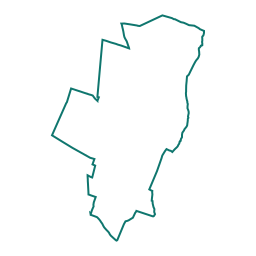 San Salvador Huixcolotla, Puebla, Mexico (Natural Earth projection)
{"feature_id": "50627088B91886188912905", "entity_name": "San Salvador Huixcolotla", "entity_type": "district", "adm_level": 2, "iso_a3": "MEX", "parent_name": "Mexico", "parent_adm1": "Puebla", "projection": "natural_earth1", "projection_center": [-97.766, 18.923], "detail": "fine", "context": "isolated", "style": "outline", "palette": "teal", "viewbox_px": 256, "rotation_deg": 0, "n_neighbors": 0, "source": "geoboundaries", "source_scale": "gbopen_adm2", "svg_char_len": 2985}
<svg xmlns="http://www.w3.org/2000/svg" viewBox="0 0 256 256"><path d="M90.4,213.1L90.7,214.9L91.0,214.9L96.9,217.1L97.3,217.4L99.2,219.4L100.6,221.3L101.0,222.0L102.2,223.6L103.6,226.4L104.3,227.5L105.0,228.3L106.5,230.0L107.8,231.3L108.6,232.2L109.1,232.9L109.8,234.3L110.7,235.5L111.2,236.0L112.3,237.0L113.5,238.1L115.5,239.9L116.3,240.5L116.6,240.6L117.3,240.1L123.9,224.2L125.5,221.3L127.2,220.9L128.5,220.4L132.9,217.7L135.2,212.8L136.2,211.5L136.3,211.2L136.4,210.9L149.1,215.1L152.4,216.2L153.1,216.4L153.9,216.0L155.0,214.2L154.9,213.9L154.2,212.0L154.4,209.1L154.2,208.6L153.6,207.3L153.5,207.1L152.7,203.7L152.5,201.0L151.7,200.7L152.0,197.8L152.4,194.4L152.2,192.5L152.2,191.9L152.3,190.9L150.9,190.3L149.3,189.4L157.0,171.1L161.5,158.3L162.3,155.5L165.0,151.1L166.5,149.1L169.4,150.5L170.8,150.8L172.3,152.0L173.7,150.4L175.1,148.9L176.3,147.8L177.3,146.8L177.8,146.1L178.3,145.0L178.7,144.3L179.2,143.7L179.4,142.9L179.5,142.0L180.0,141.2L180.3,141.3L180.6,141.0L180.8,140.2L180.8,139.5L180.9,139.1L182.0,137.2L182.0,134.8L182.4,132.6L183.3,131.4L184.0,130.4L184.4,129.3L185.0,128.6L185.7,127.7L186.2,127.1L186.7,126.4L187.2,125.2L187.4,123.3L187.6,122.1L187.8,120.3L187.8,118.9L188.1,118.1L188.4,117.8L188.2,117.3L188.0,116.6L188.2,115.5L188.5,114.1L188.7,113.2L188.6,111.5L188.3,110.5L188.0,109.5L187.5,108.4L187.5,106.9L187.6,105.5L187.8,104.0L187.5,103.2L187.3,102.2L187.3,101.2L187.0,100.6L186.8,99.6L186.5,98.4L186.4,97.4L186.1,96.2L185.9,93.1L186.1,91.6L186.1,90.0L186.2,85.5L186.4,83.4L186.6,81.5L186.7,80.3L186.7,80.0L187.0,76.4L188.8,74.7L190.5,71.2L193.6,64.9L195.1,62.1L195.7,61.1L196.7,59.7L197.8,58.5L198.6,57.0L199.0,55.7L199.3,54.6L199.2,52.9L199.1,51.3L198.9,50.3L198.8,49.1L198.9,48.2L199.6,47.6L200.1,47.1L200.5,46.5L200.8,45.8L201.2,45.5L201.7,45.6L202.3,45.2L202.3,43.2L202.1,42.3L202.1,41.5L202.3,41.0L202.3,38.6L202.2,37.5L202.3,36.6L202.7,36.1L203.2,35.7L203.5,35.0L203.8,33.8L204.0,32.8L204.0,31.3L204.0,30.9L202.5,30.3L199.8,29.1L198.8,28.2L194.3,25.7L189.4,25.2L188.9,25.1L186.4,23.9L183.6,22.7L181.0,22.2L174.9,19.2L173.9,19.2L171.9,18.1L162.4,15.4L139.8,26.0L137.9,25.8L137.0,25.5L130.3,24.4L127.0,23.9L124.4,23.5L121.4,23.6L121.7,24.3L122.0,25.5L122.4,27.4L123.0,29.9L123.3,31.3L124.0,35.4L124.4,37.0L125.0,38.3L125.6,39.4L125.9,39.9L126.6,41.1L127.0,42.1L127.5,43.6L128.1,45.4L128.5,46.5L129.0,47.8L129.1,48.4L121.0,45.5L117.8,44.6L116.0,43.9L110.7,42.4L106.1,40.8L102.5,39.8L100.5,62.0L97.4,96.9L98.8,97.3L97.8,99.9L97.6,99.9L97.4,100.7L97.4,100.8L94.9,98.5L92.7,95.5L90.3,94.7L89.7,94.6L71.1,88.5L66.9,102.2L66.2,103.2L57.6,122.6L52.0,135.3L62.5,141.8L72.5,147.9L90.2,157.8L94.4,159.0L92.5,164.4L93.9,165.0L95.2,165.6L92.2,177.5L91.8,177.4L90.6,176.9L87.6,175.3L87.6,176.1L87.8,179.7L87.8,180.9L88.0,184.2L88.4,191.7L88.5,194.5L88.9,194.6L90.2,195.1L91.0,195.4L94.8,196.7L95.7,197.0L94.5,200.4L93.8,202.3L93.4,204.9L93.6,206.4L92.7,208.4L91.8,210.6L91.4,211.9L90.9,213.5L90.4,213.1Z" fill="none" stroke="#0f766e" stroke-width="2"/></svg>